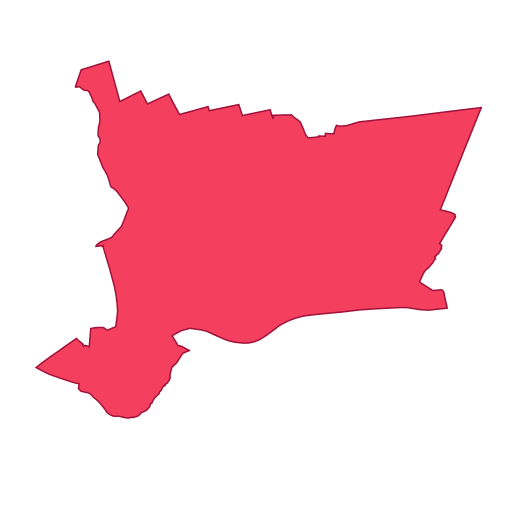 the district of Wageningen, Gelderland, Netherlands, rotated 8°
{"feature_id": "6326949B29880735882164", "entity_name": "Wageningen", "entity_type": "district", "adm_level": 2, "iso_a3": "NLD", "parent_name": "Netherlands", "parent_adm1": "Gelderland", "projection": "albers", "projection_center": [5.656, 51.969], "detail": "fine", "context": "isolated", "style": "filled", "palette": "rose", "viewbox_px": 512, "rotation_deg": 8, "n_neighbors": 0, "source": "geoboundaries", "source_scale": "gbopen_adm2", "svg_char_len": 5866}
<svg xmlns="http://www.w3.org/2000/svg" viewBox="0 0 512 512"><g transform="rotate(8 256 256)"><path d="M54.2,114.0L55.1,113.7L56.7,113.0L57.8,113.1L58.4,113.4L60.2,114.5L61.5,115.2L61.9,115.4L62.4,115.6L63.2,115.7L66.3,115.6L67.7,116.6L68.6,117.8L71.0,121.5L72.2,123.5L72.4,124.1L73.0,125.4L73.4,125.9L75.1,127.2L78.4,131.8L80.9,135.2L81.2,136.1L81.3,136.5L81.7,139.1L82.5,143.0L82.6,143.8L82.5,146.7L82.1,150.6L82.4,154.9L82.6,157.2L83.0,158.8L83.2,159.3L84.7,161.0L85.3,162.0L85.7,163.9L85.7,165.0L85.7,165.4L85.3,166.5L85.1,166.8L85.0,167.2L84.7,167.8L84.5,168.9L84.5,169.3L85.0,176.5L85.0,177.0L85.1,177.5L87.1,180.9L92.0,189.6L92.2,189.9L94.2,192.3L96.4,195.3L97.1,196.2L97.8,197.4L98.7,199.1L100.0,201.7L102.2,206.8L102.5,207.2L103.0,207.7L103.4,208.0L105.8,209.1L107.3,210.0L108.4,210.8L109.7,211.8L112.8,214.9L118.9,221.1L121.7,224.5L122.6,225.4L122.7,225.5L122.7,225.9L123.0,226.5L123.0,227.2L123.0,227.6L123.0,228.0L122.5,229.0L121.0,235.6L120.2,239.4L118.9,244.5L118.5,245.6L112.5,254.2L111.1,256.8L110.2,257.8L109.9,258.0L109.4,258.4L107.5,259.6L100.3,263.5L96.9,266.9L96.7,267.3L96.5,267.8L96.2,268.5L96.2,268.8L102.8,267.0L102.4,267.8L102.8,268.0L103.2,267.9L112.7,288.7L118.9,303.2L119.8,305.4L122.1,311.9L124.1,318.1L124.0,318.3L123.8,318.4L124.5,320.4L125.0,322.3L125.3,323.6L125.9,326.2L126.2,327.8L126.5,329.2L126.7,331.5L126.8,333.6L126.9,337.1L126.9,344.7L126.9,345.3L126.6,345.8L126.3,346.0L125.4,346.5L123.1,347.7L119.7,349.8L119.1,350.0L118.5,349.9L118.0,349.7L116.0,348.5L114.4,348.2L113.7,348.2L113.1,348.2L110.2,348.7L107.1,349.3L105.5,349.8L103.9,350.4L102.4,350.7L103.3,366.0L103.4,369.1L101.7,368.7L99.7,368.2L97.7,369.4L96.7,368.3L97.2,367.6L93.8,365.4L93.7,365.5L92.2,364.6L89.7,362.6L78.5,373.0L73.9,377.5L66.8,384.0L64.2,386.5L58.1,392.4L53.8,397.1L59.8,399.3L68.1,402.0L78.0,404.0L89.9,406.2L94.6,406.9L98.6,407.1L98.6,411.9L101.1,414.1L101.8,414.3L105.4,414.6L107.0,414.7L108.2,414.8L110.0,415.2L111.1,415.6L114.6,418.4L115.6,419.1L118.5,420.8L121.0,422.7L124.2,425.4L126.1,427.3L127.5,428.5L129.6,431.1L130.9,432.1L132.7,433.1L134.9,433.9L135.7,434.1L137.0,434.4L138.5,434.4L140.0,434.1L142.6,433.7L145.0,434.0L150.1,434.4L153.4,433.9L155.4,433.0L155.7,433.0L155.6,432.9L157.4,432.8L158.6,432.3L159.7,431.8L161.7,430.6L162.1,430.2L162.4,429.9L164.2,427.3L164.5,426.9L165.9,426.2L167.0,425.4L169.0,424.1L169.9,422.8L170.3,422.1L170.7,421.5L171.2,421.0L171.4,420.0L171.5,419.8L172.0,418.9L172.0,418.3L172.3,416.9L173.2,416.3L173.4,416.1L173.5,415.8L173.6,415.5L173.7,414.5L173.9,413.9L175.0,411.5L175.6,410.4L177.0,408.5L177.4,407.9L178.4,406.9L179.2,405.8L179.3,405.4L179.3,404.4L180.1,403.2L180.9,402.1L181.0,401.8L181.1,401.1L181.2,400.7L181.5,399.8L182.2,398.3L182.7,397.5L183.3,397.3L183.8,397.3L183.9,397.2L183.7,396.7L183.8,396.5L184.4,395.3L185.0,395.0L186.1,394.0L186.2,393.6L186.3,393.0L187.4,391.0L187.6,390.4L187.6,389.7L188.0,388.8L188.1,388.6L187.6,387.4L187.6,387.1L187.5,386.6L187.4,385.7L187.6,383.0L187.7,381.4L188.1,378.9L188.4,377.4L189.4,376.6L190.4,375.1L192.0,373.3L192.4,372.6L193.2,370.9L194.4,368.3L195.6,365.5L196.1,364.4L197.3,362.4L198.3,361.8L200.6,360.3L202.7,359.2L203.2,358.9L203.0,358.7L199.8,357.7L196.0,356.2L194.4,355.6L192.8,355.6L191.5,355.8L184.1,346.7L184.8,346.0L192.1,340.5L198.7,337.6L200.8,336.8L204.3,336.8L211.8,336.8L217.3,337.3L228.4,340.6L238.2,343.3L241.6,343.8L246.1,344.3L254.8,344.1L258.3,343.6L260.5,343.2L261.9,342.8L266.0,341.3L270.3,338.9L272.7,337.1L277.5,333.0L284.4,326.2L288.9,321.6L293.4,318.2L294.6,317.4L298.3,315.0L304.1,311.9L306.4,310.9L308.3,310.1L311.6,308.8L313.6,308.2L322.6,305.8L334.2,303.0L337.4,302.2L348.5,299.6L363.3,295.7L366.8,294.8L371.2,293.9L378.5,292.3L390.8,289.9L398.0,288.5L407.7,286.7L412.9,286.1L414.7,286.1L426.6,286.3L435.0,285.5L448.8,282.0L452.6,281.0L451.2,277.2L449.0,271.5L448.4,269.6L448.1,268.9L447.9,268.1L446.7,265.1L444.6,263.6L435.8,265.6L422.1,259.3L421.8,257.7L422.1,256.8L422.3,256.4L422.8,254.6L423.2,253.1L423.5,252.3L423.7,251.4L424.2,249.9L425.0,248.0L425.2,247.6L425.8,246.7L428.2,243.9L429.4,242.2L429.6,241.8L429.7,241.6L430.2,241.0L431.5,238.9L431.9,238.3L432.2,237.6L432.7,236.2L434.1,233.8L434.1,233.5L434.0,233.2L433.0,232.3L433.4,231.3L433.6,231.1L434.1,231.1L435.3,228.9L435.5,228.9L435.8,228.9L436.1,228.6L436.4,228.1L438.4,223.3L438.6,222.8L438.6,222.2L438.5,221.8L438.3,220.7L438.5,219.6L436.1,218.1L448.1,189.9L447.7,189.7L447.9,189.3L447.0,188.9L447.6,187.4L443.8,185.9L437.2,185.0L434.2,184.9L433.0,184.5L432.1,184.5L433.6,178.3L435.2,172.2L438.2,159.6L438.5,158.6L444.9,132.3L445.3,131.1L445.4,130.3L446.4,126.0L447.0,123.7L447.6,121.1L451.4,106.3L451.8,104.2L452.5,101.7L453.4,97.8L454.1,95.2L456.5,85.4L458.3,78.2L458.4,77.6L458.0,77.6L457.9,77.8L443.9,81.5L432.3,84.6L399.6,93.4L392.7,95.3L387.2,96.7L384.2,97.5L339.2,108.9L327.9,114.2L320.9,115.8L317.5,115.4L317.4,115.8L317.0,117.0L316.8,118.0L316.6,118.9L316.1,122.9L316.3,124.0L313.3,124.5L307.7,124.9L307.8,127.8L301.5,128.4L301.6,129.2L297.0,130.5L295.8,130.7L291.1,131.8L288.6,129.4L288.3,129.1L287.9,128.5L286.5,126.1L286.3,125.6L285.7,124.4L282.0,118.4L281.5,117.6L280.6,116.7L279.2,115.9L276.4,114.5L275.8,114.1L274.1,113.2L272.7,112.1L271.4,111.2L270.4,111.4L269.3,111.7L268.6,111.8L263.6,112.5L258.7,113.4L256.5,113.7L253.4,114.3L253.5,115.1L254.1,116.3L254.2,116.5L254.0,116.9L253.4,117.2L253.1,116.4L250.2,110.4L249.6,109.2L223.0,118.8L221.7,116.3L217.9,108.4L189.5,118.6L188.3,116.0L187.7,114.7L185.5,115.7L177.9,119.0L174.1,120.7L164.2,124.9L160.8,126.5L160.5,126.1L159.4,125.0L158.2,123.3L157.7,122.5L155.6,119.9L154.5,118.2L152.8,116.0L151.4,114.0L149.1,110.7L147.1,107.8L146.0,108.5L138.4,113.4L127.4,120.5L124.3,116.3L118.9,108.6L105.1,118.2L100.0,121.7L99.6,121.9L83.2,83.6L80.4,84.8L74.9,87.5L73.0,88.3L69.0,90.3L60.8,94.1L57.0,95.9L53.6,113.2L53.6,113.3L54.2,114.0Z" fill="#f43f5e" stroke="#9f1239" stroke-width="1.5"/></g></svg>